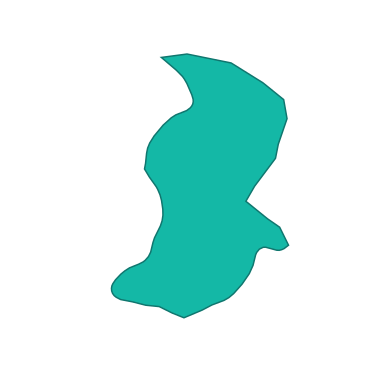 Puñal, Santiago, Dominican Republic, rotated 129°
{"feature_id": "3306468B15896052245603", "entity_name": "Puñal", "entity_type": "district", "adm_level": 2, "iso_a3": "DOM", "parent_name": "Dominican Republic", "parent_adm1": "Santiago", "projection": "robinson", "projection_center": [-70.606, 19.379], "detail": "fine", "context": "isolated", "style": "filled", "palette": "teal", "viewbox_px": 384, "rotation_deg": 129, "n_neighbors": 0, "source": "geoboundaries", "source_scale": "gbopen_adm2", "svg_char_len": 1163}
<svg xmlns="http://www.w3.org/2000/svg" viewBox="0 0 384 384"><g transform="rotate(129 192 192)"><path d="M294.8,119.1L277.4,109.8L267.2,105.4L256.1,98.9L250.9,96.9L244.8,95.7L232.1,95.1L219.4,96.1L210.6,98.4L200.8,103.0L198.3,103.7L194.0,103.7L190.2,101.9L188.6,100.1L183.9,89.5L182.4,87.5L180.4,86.0L178.0,84.8L172.6,83.5L164.2,101.7L165.3,116.4L165.3,144.3L148.0,147.0L113.3,148.3L100.6,155.0L75.2,164.3L62.5,178.9L62.5,205.5L67.1,242.8L87.9,282.7L106.7,300.5L107.2,281.0L108.2,272.1L109.0,269.2L110.9,264.2L116.6,253.3L119.2,249.5L121.0,247.9L123.1,246.8L125.4,246.3L127.7,246.3L132.1,247.4L142.2,253.1L147.3,254.8L158.2,256.5L172.2,256.7L180.5,255.7L185.8,254.1L190.4,251.7L199.0,246.1L204.0,243.4L207.3,234.3L210.4,223.1L211.5,220.4L214.3,215.1L217.8,210.3L223.8,203.8L228.3,200.0L233.2,197.1L238.3,195.2L251.2,192.3L255.9,190.5L264.7,186.3L269.5,185.2L274.6,185.4L277.1,186.0L281.6,188.0L290.2,192.8L295.3,194.5L300.5,195.6L308.3,196.2L313.0,195.8L315.3,195.2L317.5,194.0L319.4,192.2L320.8,189.9L321.5,187.3L321.5,184.7L320.5,179.8L314.8,169.1L309.1,156.7L301.7,145.4L298.5,131.1L294.8,119.1Z" fill="#14b8a6" stroke="#0f766e" stroke-width="1.5"/></g></svg>